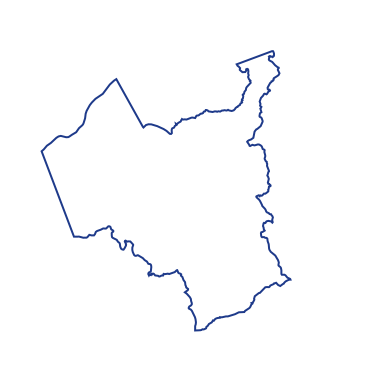 the border of Katanga, rotated 249°
{"feature_id": "COD-1897", "entity_name": "Katanga", "entity_type": "Province", "adm_level": 1, "iso_a3": "COD", "parent_name": "Democratic Republic of the Congo", "parent_adm1": "", "projection": "albers", "projection_center": [26.036, -9.229], "detail": "fine", "context": "isolated", "style": "outline", "palette": "blue", "viewbox_px": 384, "rotation_deg": 249, "n_neighbors": 0, "source": "natural_earth", "source_scale": "10m", "svg_char_len": 6054}
<svg xmlns="http://www.w3.org/2000/svg" viewBox="0 0 384 384"><g transform="rotate(249 192 192)"><path d="M283.9,66.2L284.9,68.9L287.2,73.1L288.4,77.9L291.2,84.8L291.7,87.3L291.4,89.6L288.2,94.2L287.6,96.1L287.7,97.3L288.5,100.6L289.3,105.3L292.1,109.4L293.6,113.4L294.2,114.5L295.2,115.5L299.1,118.6L303.2,120.8L305.5,122.7L309.7,127.7L311.4,130.5L313.6,135.3L315.6,143.9L321.8,153.8L323.9,159.1L324.5,161.8L270.4,169.5L269.6,169.8L271.0,173.1L270.8,175.7L269.7,178.3L265.9,183.2L261.0,188.0L258.2,190.1L254.3,192.1L253.7,193.2L254.2,194.3L256.8,195.1L257.9,195.7L258.5,196.4L258.6,198.4L259.8,199.6L260.1,201.2L261.4,201.4L260.4,202.0L261.1,202.9L261.5,204.2L261.8,206.5L262.2,207.1L262.9,207.6L263.0,208.0L263.7,208.8L263.1,209.2L262.8,209.7L262.5,211.0L261.6,212.9L261.6,218.1L261.3,219.2L259.9,221.5L261.4,223.2L261.6,223.8L261.2,225.4L261.3,226.1L262.0,228.1L261.6,229.3L261.8,229.8L261.7,230.5L262.8,231.8L262.6,233.1L263.6,234.2L263.4,234.8L262.6,235.8L261.3,236.4L259.3,239.9L259.1,242.2L258.6,243.4L257.9,244.2L257.9,245.5L257.0,247.1L257.3,249.3L256.9,250.2L256.8,251.5L255.7,253.4L255.6,254.0L255.8,255.1L254.9,255.8L253.4,258.1L253.3,260.2L254.0,261.8L254.8,262.8L255.3,264.5L255.1,265.0L255.8,266.0L256.1,268.0L257.2,268.8L257.4,270.3L257.7,270.8L258.1,270.6L258.7,270.7L259.5,272.0L260.2,271.6L260.6,271.9L261.1,273.0L262.9,274.1L263.5,274.3L264.5,274.1L264.8,274.4L265.0,275.7L266.8,276.9L267.9,278.8L269.6,279.8L270.4,280.8L272.9,285.9L273.9,286.1L274.8,285.8L275.1,286.4L277.0,285.6L279.3,285.6L280.8,286.8L282.5,286.9L284.5,287.9L286.4,288.3L287.2,287.6L287.1,286.5L285.9,286.1L284.9,284.7L285.8,282.0L288.8,280.4L289.5,280.6L290.4,281.3L292.4,280.5L293.4,279.8L295.2,279.5L294.8,317.3L294.3,318.2L292.0,318.2L290.3,317.6L289.6,317.1L289.1,315.7L289.8,315.4L289.9,314.3L290.8,313.8L291.1,313.0L290.8,312.3L290.0,312.4L288.4,311.3L287.7,311.2L287.0,311.5L284.7,313.5L280.6,315.0L277.9,316.6L277.0,317.5L276.6,317.4L275.9,316.2L275.2,315.9L271.5,316.2L270.2,314.8L269.8,313.6L268.9,309.2L268.6,308.8L267.5,308.5L267.2,307.4L266.7,307.1L266.8,305.9L266.2,305.5L265.8,304.1L263.3,301.1L262.2,299.9L260.8,299.6L260.4,299.8L259.7,301.0L258.8,301.2L258.5,300.9L258.4,299.4L256.7,297.2L256.5,296.5L257.7,295.2L257.7,294.4L256.4,292.8L255.1,290.1L252.2,287.6L249.7,287.5L248.2,286.5L247.5,286.7L246.6,287.3L245.9,286.7L245.4,285.7L241.6,285.4L241.3,284.0L240.9,283.5L238.7,282.2L237.9,282.2L236.7,283.3L235.8,283.5L233.1,283.4L232.3,283.1L228.9,279.7L227.5,275.6L227.4,274.4L226.0,272.1L220.6,268.7L219.9,266.1L219.9,263.6L219.6,262.3L219.1,261.5L215.7,262.3L214.5,262.3L214.1,262.7L214.4,265.3L213.2,266.9L213.0,268.0L212.8,270.5L212.3,271.6L211.2,272.6L210.1,273.3L208.9,273.5L206.8,273.4L205.5,274.7L205.0,274.8L203.4,273.9L199.9,273.5L198.9,273.1L197.4,271.9L196.7,271.7L194.5,271.9L193.3,272.6L192.4,272.2L191.3,272.3L189.5,271.4L184.1,271.4L183.6,271.2L183.2,270.3L182.2,269.7L180.3,268.2L178.9,268.5L176.7,268.4L173.6,266.2L172.3,266.2L171.9,267.0L171.2,267.1L170.5,267.6L170.0,267.7L169.5,267.5L169.3,267.1L169.5,265.8L167.3,264.6L166.8,263.9L165.6,263.7L165.0,262.9L164.3,260.5L164.2,259.7L164.7,258.6L163.6,256.3L163.6,255.6L164.4,254.5L163.8,253.7L165.0,253.0L164.9,250.7L164.5,250.3L163.6,250.5L160.8,251.9L159.1,252.3L154.9,252.7L153.8,252.6L150.4,254.0L149.3,254.3L147.1,254.3L146.0,254.8L144.8,256.1L143.6,256.5L142.8,257.9L141.9,257.9L140.6,258.4L139.3,258.4L137.1,256.8L134.9,256.5L134.6,256.0L136.2,255.3L137.7,252.9L137.9,251.1L137.7,250.6L136.8,249.5L136.8,249.1L137.4,248.2L137.1,247.6L134.8,246.1L133.2,246.1L131.5,245.7L129.9,246.0L129.4,243.3L129.6,242.3L128.9,241.6L126.3,240.9L125.3,240.9L124.7,241.2L124.1,243.1L123.0,243.9L122.4,245.2L121.4,245.6L119.0,245.0L115.8,244.9L111.5,243.7L110.3,243.6L107.9,244.1L102.8,247.0L97.5,247.9L95.1,247.8L92.8,246.5L92.1,246.5L90.2,247.6L89.1,247.8L86.9,247.4L83.5,246.1L82.5,246.3L81.6,248.7L80.7,249.4L77.8,250.4L76.1,252.1L75.6,252.5L74.9,252.5L75.3,251.3L75.3,250.1L75.0,247.4L74.2,245.5L73.6,244.9L73.5,243.8L72.6,240.7L74.3,239.1L77.1,238.0L77.1,236.3L77.3,236.0L76.8,235.2L76.6,231.7L75.7,230.3L75.6,229.7L76.4,227.9L76.8,226.3L73.5,219.2L73.7,218.2L72.2,213.3L70.1,211.7L69.1,211.6L67.4,209.7L67.0,208.9L67.0,207.9L66.1,208.3L65.7,207.1L63.8,205.2L63.1,204.0L62.0,199.0L61.2,197.8L62.9,192.6L62.5,188.4L63.0,181.0L63.7,179.1L64.3,175.0L65.1,173.2L64.6,173.0L65.2,170.7L65.3,169.4L65.1,168.1L64.0,166.2L64.6,165.6L63.2,163.7L62.7,160.5L61.4,158.7L60.9,157.1L59.7,156.3L59.6,155.8L59.5,153.7L60.1,152.5L59.8,151.4L60.0,150.1L61.6,145.3L65.7,146.9L67.2,148.1L69.0,149.0L72.0,149.7L74.1,149.9L81.1,149.3L82.6,148.8L84.3,147.3L84.9,147.3L86.0,148.3L86.5,150.6L87.3,151.6L88.4,152.0L90.5,152.1L92.6,152.6L94.6,152.3L98.8,150.7L100.9,149.4L101.8,152.7L102.2,153.3L102.9,153.6L104.9,152.4L106.1,152.6L107.5,152.5L110.3,153.2L113.0,152.5L116.0,152.6L117.9,151.7L119.0,152.4L119.8,152.0L120.5,151.0L121.4,150.3L124.3,150.2L124.4,149.6L123.4,147.2L123.6,141.3L124.4,140.2L125.1,137.0L125.7,136.3L125.4,135.7L124.4,135.1L124.9,133.6L124.7,131.6L124.9,131.0L125.9,130.3L127.3,127.7L129.1,127.1L129.6,126.7L130.0,125.5L129.6,125.3L130.0,124.9L129.1,123.9L129.4,123.4L130.1,123.3L129.9,122.4L129.5,121.9L131.1,121.8L131.8,122.2L132.3,122.9L132.4,124.7L132.8,125.2L136.5,127.1L138.0,127.5L139.0,127.5L139.7,127.0L140.6,125.5L143.2,125.0L145.4,123.4L147.9,122.4L152.1,119.1L152.4,118.8L152.5,116.7L153.0,115.9L153.9,115.4L157.1,115.2L159.3,115.5L161.5,116.4L163.6,118.1L164.0,118.2L167.9,116.7L168.8,114.7L168.9,113.6L170.4,112.6L170.4,112.0L169.8,111.5L167.0,111.8L166.8,111.5L165.7,111.2L163.6,108.8L162.7,107.4L163.3,106.3L164.5,105.5L166.6,105.4L169.7,106.1L170.5,106.0L172.2,105.0L174.3,104.6L177.6,101.6L178.4,101.2L179.8,101.4L182.4,102.3L182.9,102.9L183.2,104.2L183.7,104.6L184.3,104.5L186.1,103.2L188.7,103.3L189.3,102.9L189.8,102.2L189.9,101.4L188.9,99.3L188.7,98.5L189.8,96.0L189.5,93.3L189.6,89.4L189.2,87.9L187.5,86.4L186.6,84.9L187.4,82.8L188.8,80.8L187.3,78.1L187.2,77.1L188.3,74.1L190.8,70.6L192.6,65.8L283.9,66.2Z" fill="none" stroke="#1e3a8a" stroke-width="2"/></g></svg>